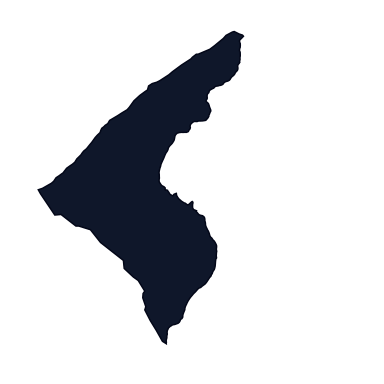 the district of Varisu, Shefa, Vanuatu, rotated 57°
{"feature_id": "77236927B71259350499613", "entity_name": "Varisu", "entity_type": "district", "adm_level": 2, "iso_a3": "VUT", "parent_name": "Vanuatu", "parent_adm1": "Shefa", "projection": "orthographic", "projection_center": [168.263, -16.675], "detail": "fine", "context": "isolated", "style": "filled", "palette": "ink", "viewbox_px": 384, "rotation_deg": 57, "n_neighbors": 0, "source": "geoboundaries", "source_scale": "gbopen_adm2", "svg_char_len": 4963}
<svg xmlns="http://www.w3.org/2000/svg" viewBox="0 0 384 384"><g transform="rotate(57 192 192)"><path d="M305.2,296.2L304.3,295.7L304.0,295.2L303.5,295.1L303.3,295.0L303.2,295.0L302.7,294.7L302.2,294.2L301.3,293.4L300.7,292.6L299.9,292.1L298.9,291.4L297.8,290.2L296.7,289.6L296.2,289.4L295.5,288.8L294.8,288.2L294.0,286.9L293.2,285.7L292.8,283.5L292.8,283.4L292.9,282.2L292.8,280.7L293.1,280.0L293.7,278.6L294.1,276.9L294.5,275.2L294.3,273.6L293.7,272.4L292.9,271.3L292.6,270.7L292.7,269.6L292.4,268.8L291.8,267.8L291.1,267.4L290.1,266.6L289.2,265.5L288.1,264.0L287.1,262.5L286.4,261.8L285.5,261.2L284.6,260.1L283.9,259.1L283.1,257.7L282.4,256.7L281.1,254.4L280.3,252.6L279.8,251.4L279.3,250.0L278.8,248.3L278.1,246.1L277.6,243.5L277.1,241.7L276.6,240.1L276.4,238.2L276.8,236.8L276.6,235.4L276.5,234.9L276.4,233.4L276.3,231.3L276.0,230.2L275.7,229.2L275.1,227.8L274.2,225.7L273.3,223.8L273.0,222.2L272.4,221.3L271.7,220.7L271.7,220.0L271.2,219.2L270.5,218.4L269.9,217.4L269.1,215.5L268.1,214.3L266.8,213.0L265.8,212.2L264.0,210.8L263.8,210.7L262.2,209.4L261.2,208.5L260.7,207.4L259.9,206.9L259.1,206.7L257.9,205.8L256.4,204.7L255.1,203.5L253.9,203.1L252.8,202.4L251.6,201.4L250.7,200.8L250.0,200.5L249.8,200.5L248.9,200.3L247.9,200.2L246.8,200.1L245.2,200.1L243.6,200.5L242.8,200.5L241.3,200.5L240.2,200.9L238.7,200.9L237.6,200.6L236.1,200.1L234.8,199.8L233.4,199.6L232.8,199.6L232.0,199.6L231.2,199.4L230.7,199.4L228.7,199.1L227.5,198.8L226.8,198.5L225.6,197.8L224.3,197.2L223.3,197.1L223.0,196.8L222.2,196.3L221.0,195.7L219.8,195.4L218.8,195.7L217.7,196.0L216.2,197.5L215.1,198.3L214.8,198.5L213.7,198.7L212.5,198.8L211.3,199.0L210.8,199.0L210.6,199.1L210.2,198.4L210.0,198.5L209.6,199.1L208.8,199.3L208.1,200.0L207.3,200.2L205.9,200.2L204.8,199.6L204.1,199.2L202.8,198.3L201.7,197.2L201.0,196.8L200.1,197.0L200.1,198.0L200.4,199.8L200.7,201.2L200.5,202.4L200.4,202.8L199.6,203.1L198.8,203.4L197.8,203.7L196.9,204.5L195.8,205.0L194.1,205.8L192.5,206.2L192.3,206.3L190.5,206.8L188.6,206.9L187.0,206.8L186.3,206.7L186.1,206.7L185.4,206.2L184.6,205.9L184.5,206.2L184.3,207.1L184.1,208.5L184.8,209.9L184.7,210.1L184.5,210.4L183.3,211.0L182.4,211.5L181.0,211.8L180.8,211.7L179.8,211.6L178.6,211.7L177.8,211.7L177.2,211.6L176.6,212.3L176.2,212.5L175.9,213.2L175.4,213.3L174.7,212.8L174.0,212.3L172.7,212.5L171.5,213.1L170.3,213.8L169.0,214.0L168.3,214.0L167.0,214.0L166.5,214.0L165.5,213.9L164.0,213.1L162.6,211.8L161.0,210.9L159.6,210.0L157.9,209.2L156.5,208.0L156.4,207.9L154.5,205.9L153.2,204.2L152.0,203.1L150.7,201.2L150.0,200.1L149.5,199.3L148.1,197.1L146.2,194.4L145.1,192.6L144.3,190.6L143.4,189.1L142.0,187.6L141.1,185.3L140.7,183.3L140.3,181.9L139.5,180.1L138.8,178.8L138.0,177.9L136.9,176.9L135.5,175.5L134.8,173.7L134.6,172.0L134.9,171.1L135.1,171.0L135.2,170.2L135.6,169.6L136.1,168.5L136.7,167.7L137.5,166.4L138.4,165.0L139.0,164.0L139.3,162.1L138.6,161.2L138.4,160.5L138.3,160.4L138.0,159.3L136.9,158.2L135.7,157.8L135.5,157.5L134.6,156.5L134.2,155.2L133.9,153.2L134.1,151.6L134.8,150.6L135.7,149.3L135.9,148.1L136.5,147.1L137.9,144.8L138.8,142.9L139.4,141.4L139.0,139.9L138.5,138.2L137.7,136.7L136.7,135.9L136.1,134.8L135.2,133.7L134.6,132.6L134.3,132.1L133.3,131.6L131.7,131.3L129.9,130.9L128.7,130.5L127.0,130.1L126.0,130.2L123.9,130.8L123.2,130.7L122.6,129.7L122.2,128.8L121.5,128.0L120.6,127.6L119.3,126.8L118.4,125.8L118.0,124.9L117.9,124.0L117.4,123.3L116.7,122.6L116.3,121.2L116.4,119.7L116.5,118.6L116.7,117.1L116.2,115.7L116.4,114.1L116.7,113.4L117.2,112.5L117.4,111.4L118.0,110.2L118.4,108.8L118.5,107.4L117.9,106.1L117.7,104.3L117.9,103.3L118.5,101.4L118.6,99.8L118.3,98.7L117.7,97.6L117.1,95.9L116.9,93.8L116.5,92.3L115.4,90.4L115.0,88.7L114.8,87.8L113.9,86.6L112.9,85.9L111.7,85.4L110.3,84.2L109.8,82.4L109.4,81.7L109.3,81.3L108.3,80.9L107.1,79.6L105.4,78.6L104.1,77.4L102.7,76.5L100.8,75.4L100.2,75.4L99.8,75.3L99.3,75.2L97.8,74.0L96.9,72.8L95.3,71.6L93.8,70.7L92.7,70.5L91.1,69.9L90.5,68.9L90.2,67.4L89.8,65.6L89.4,64.0L87.9,64.2L85.3,66.3L80.4,69.2L79.8,71.1L79.2,78.1L80.3,82.1L81.6,93.6L82.0,99.3L80.9,105.5L79.8,111.7L78.8,113.4L79.2,118.3L79.8,120.4L79.8,123.2L79.8,126.1L79.8,131.6L80.5,143.1L81.1,147.6L81.1,149.5L81.1,158.5L80.7,161.9L79.4,166.3L79.4,170.6L82.2,173.8L82.2,176.3L82.6,183.3L83.9,191.0L86.8,198.4L87.7,201.6L87.5,207.6L87.5,212.7L87.1,222.1L88.8,225.4L88.8,227.1L88.8,228.6L89.2,230.1L89.4,232.2L89.4,232.9L90.7,235.0L92.1,236.7L92.8,240.5L93.4,242.7L93.6,243.5L95.8,249.1L96.8,252.4L98.3,256.9L98.7,260.5L99.4,262.7L100.4,265.0L101.5,270.5L103.2,274.1L103.6,277.3L103.6,279.7L103.8,284.2L105.8,289.9L105.8,291.4L106.0,294.8L106.0,298.2L107.7,302.2L108.1,305.2L107.5,315.4L106.4,319.7L110.9,320.0L136.6,319.6L139.6,313.9L140.0,313.9L157.3,307.9L158.8,305.6L168.3,297.7L184.5,296.2L212.0,286.8L219.2,290.5L231.3,287.5L236.9,285.3L249.4,285.6L250.5,288.3L253.9,290.9L263.0,293.2L265.2,295.8L273.1,296.6L276.9,297.0L288.6,297.3L301.1,298.1L305.2,296.2Z" fill="#0f172a" stroke="#020617" stroke-width="1.5"/></g></svg>